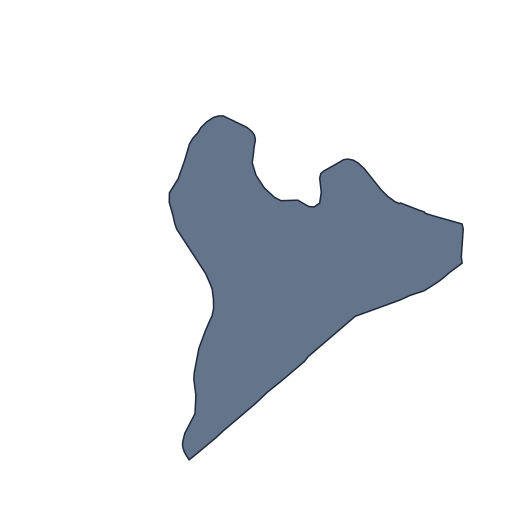 the district of San Bartolo, Totonicapán, Guatemala, rotated 141°
{"feature_id": "79465075B3234848459955", "entity_name": "San Bartolo", "entity_type": "district", "adm_level": 2, "iso_a3": "GTM", "parent_name": "Guatemala", "parent_adm1": "Totonicapán", "projection": "equal_earth", "projection_center": [-91.463, 15.109], "detail": "fine", "context": "isolated", "style": "filled", "palette": "slate", "viewbox_px": 512, "rotation_deg": 141, "n_neighbors": 0, "source": "geoboundaries", "source_scale": "gbopen_adm2", "svg_char_len": 1257}
<svg xmlns="http://www.w3.org/2000/svg" viewBox="0 0 512 512"><g transform="rotate(141 256 256)"><path d="M100.3,120.7L97.1,126.0L77.9,146.6L75.7,151.2L92.5,175.0L97.5,182.4L97.5,184.4L100.7,189.4L110.3,206.3L111.7,206.6L113.8,210.7L116.1,219.4L117.1,228.7L116.9,255.3L118.0,263.7L120.1,269.3L123.5,273.4L127.2,275.7L131.2,276.3L150.0,279.4L153.8,279.3L157.6,276.3L165.2,264.4L173.2,257.1L179.9,257.5L183.8,261.2L185.2,264.7L188.4,273.1L201.8,283.3L204.8,290.2L206.7,303.8L205.2,318.7L200.3,330.8L192.9,337.8L189.3,341.5L183.6,346.4L182.2,348.7L181.1,351.2L180.9,355.1L182.1,361.6L193.3,385.5L197.2,388.5L201.8,390.4L209.9,391.3L218.0,390.5L223.6,388.4L231.1,387.2L237.4,384.8L251.4,375.1L267.9,365.0L283.5,359.6L289.6,352.4L295.0,339.8L298.8,332.2L300.7,326.8L306.2,274.2L308.5,265.5L310.9,257.8L316.3,249.2L321.8,242.1L327.7,237.2L333.1,234.6L342.1,229.9L358.6,220.1L377.3,204.3L381.9,199.3L390.5,185.4L402.7,171.8L423.0,163.0L430.1,157.5L432.2,155.2L433.5,152.7L434.9,149.2L435.7,144.9L436.3,139.7L434.8,139.6L401.2,140.0L391.7,140.7L348.8,141.7L332.9,143.0L315.0,142.9L284.7,143.6L278.7,145.0L216.8,146.7L171.6,131.1L161.6,128.6L146.9,123.1L130.8,121.3L124.6,121.1L115.8,121.4L100.3,120.7Z" fill="#64748b" stroke="#1e293b" stroke-width="1.5"/></g></svg>